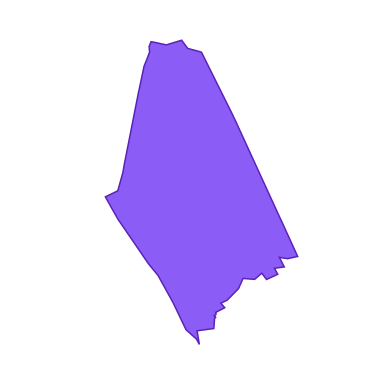 Nash, North Carolina, United States of America, rotated 127°
{"feature_id": "52423323B12414310346130", "entity_name": "Nash", "entity_type": "district", "adm_level": 2, "iso_a3": "USA", "parent_name": "United States of America", "parent_adm1": "North Carolina", "projection": "albers", "projection_center": [-77.97, 35.965], "detail": "fine", "context": "isolated", "style": "filled", "palette": "violet", "viewbox_px": 384, "rotation_deg": 127, "n_neighbors": 0, "source": "geoboundaries", "source_scale": "gbopen_adm2", "svg_char_len": 957}
<svg xmlns="http://www.w3.org/2000/svg" viewBox="0 0 384 384"><g transform="rotate(127 192 192)"><path d="M74.8,268.3L74.7,268.7L74.7,268.8L79.9,281.9L77.0,291.6L90.0,301.1L95.8,313.7L95.9,313.9L96.1,314.0L96.3,314.4L96.4,314.8L96.6,315.2L101.6,313.8L105.9,310.0L117.7,306.7L117.9,306.7L120.6,305.9L143.0,295.4L143.6,295.2L211.5,262.3L218.1,258.9L235.7,252.0L248.0,258.3L254.8,242.9L258.5,234.2L275.5,183.7L279.1,168.9L291.6,140.9L305.6,113.9L306.8,99.9L309.3,94.4L299.8,104.4L287.9,92.4L279.0,98.1L278.2,97.6L277.9,97.7L277.5,98.2L277.4,98.7L277.4,99.9L276.7,99.9L275.7,99.2L275.4,99.2L275.1,99.3L274.7,99.6L274.5,99.8L274.3,100.0L274.0,100.5L273.6,100.5L264.7,96.2L263.4,102.1L257.3,98.8L241.1,96.7L230.3,99.2L224.1,89.4L214.9,87.4L217.0,79.8L206.1,74.0L203.3,80.2L196.3,73.2L191.6,82.9L187.8,75.6L179.9,68.8L160.7,104.2L160.6,104.5L110.5,197.3L110.4,197.4L105.2,207.4L75.0,267.9L74.8,268.3Z" fill="#8b5cf6" stroke="#5b21b6" stroke-width="1.5"/></g></svg>